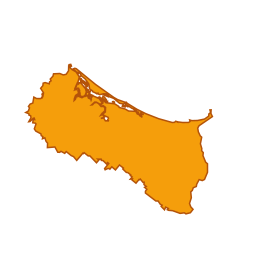 Gold Coast, Queensland, Australia, rotated 300°
{"feature_id": "25037944B76061046607907", "entity_name": "Gold Coast", "entity_type": "district", "adm_level": 2, "iso_a3": "AUS", "parent_name": "Australia", "parent_adm1": "Queensland", "projection": "albers", "projection_center": [153.388, -27.978], "detail": "fine", "context": "isolated", "style": "filled", "palette": "amber", "viewbox_px": 256, "rotation_deg": 300, "n_neighbors": 0, "source": "geoboundaries", "source_scale": "gbopen_adm2", "svg_char_len": 5767}
<svg xmlns="http://www.w3.org/2000/svg" viewBox="0 0 256 256"><g transform="rotate(300 128 128)"><path d="M185.3,190.9L184.6,189.9L182.7,191.8L180.7,191.0L178.5,191.9L174.0,189.8L169.3,184.5L166.3,179.6L165.8,177.4L164.7,178.5L163.1,177.7L160.1,172.6L158.1,167.9L158.4,167.2L157.9,167.7L157.8,166.0L156.1,165.4L154.9,163.6L151.4,150.0L149.3,136.2L148.7,126.5L149.0,114.6L149.7,114.3L148.6,114.3L150.0,113.3L147.1,114.1L146.3,115.3L146.3,118.0L146.5,115.4L147.3,115.8L147.0,122.1L147.7,123.7L146.9,123.9L146.8,125.0L147.8,125.0L148.0,125.8L147.0,125.8L147.6,126.3L146.3,128.0L147.2,129.6L145.8,128.7L145.5,130.1L146.4,132.5L147.6,131.5L148.3,131.8L147.1,132.9L147.7,134.8L146.2,133.1L145.1,133.4L145.9,132.9L145.4,132.2L144.4,135.1L144.5,132.0L145.1,131.3L144.8,129.0L146.3,126.5L143.0,120.0L143.0,115.9L141.4,110.1L142.1,109.2L142.3,104.4L138.8,96.1L140.1,92.0L137.1,93.8L133.7,92.6L133.4,93.9L135.0,95.4L134.6,98.3L130.5,100.4L127.5,99.2L126.9,101.3L127.3,105.4L126.5,106.3L124.6,106.3L124.6,107.9L122.9,104.8L124.5,102.0L122.7,99.7L125.6,102.1L127.2,98.4L126.1,98.6L125.3,98.0L127.0,98.1L131.4,99.3L134.1,97.7L134.4,95.9L133.1,93.9L134.4,90.4L134.4,87.9L132.8,86.2L130.4,85.7L129.8,84.9L133.8,86.2L134.6,87.8L134.6,91.9L135.3,92.6L138.2,92.6L139.0,90.7L137.2,91.4L140.5,89.2L139.4,87.0L139.2,88.7L138.9,89.1L138.6,89.3L139.1,88.1L138.8,86.2L138.0,86.3L138.9,86.2L138.3,81.2L135.6,81.3L135.3,81.1L135.0,80.5L134.4,82.0L133.7,82.1L134.4,81.4L134.1,78.9L135.7,76.8L134.4,75.4L134.2,74.7L131.2,73.0L130.5,68.2L129.3,67.0L128.5,67.7L126.5,68.1L124.9,67.6L126.8,66.8L129.9,66.3L131.1,66.8L130.5,67.6L131.5,67.2L132.0,67.6L132.5,68.4L132.9,67.5L133.2,67.3L134.4,68.0L135.0,66.1L136.0,66.4L137.4,65.5L134.5,63.0L135.2,62.3L142.2,61.5L142.7,61.7L147.9,60.3L150.6,55.0L150.6,50.2L151.7,45.8L147.8,47.9L143.6,47.6L141.6,45.4L141.1,41.7L137.7,36.4L135.4,37.1L131.5,36.2L130.4,37.8L128.8,37.0L126.9,37.7L125.9,33.5L124.4,32.1L122.1,33.1L118.7,32.5L116.2,37.3L112.7,38.5L111.1,38.6L109.8,37.6L107.8,34.1L107.7,31.0L102.0,33.1L99.8,31.3L96.9,31.0L96.2,32.6L92.9,33.2L90.3,31.7L90.8,35.0L89.6,35.9L90.0,37.5L88.3,38.9L83.8,38.9L84.6,39.9L89.1,41.1L89.7,41.8L88.6,43.0L87.9,41.7L84.9,42.9L85.9,45.5L85.5,46.3L80.4,47.3L79.2,49.7L79.4,55.5L78.0,56.7L78.0,58.5L75.9,59.3L77.9,60.9L75.4,63.8L74.7,65.9L70.7,68.0L75.0,74.2L71.9,79.3L72.8,81.0L74.3,81.6L74.4,85.9L76.7,86.3L75.7,92.6L76.0,95.1L74.3,99.8L83.7,101.5L83.6,102.2L84.7,102.4L83.9,107.5L84.8,108.9L82.1,118.1L85.8,118.8L86.0,117.5L87.6,120.4L86.6,121.1L87.3,122.7L86.1,127.3L87.9,127.6L87.6,129.1L81.2,128.0L80.4,129.1L82.5,130.5L83.5,131.9L83.3,132.9L86.3,133.4L85.4,138.1L91.7,139.1L91.0,144.1L89.9,144.0L88.7,148.7L89.3,150.3L88.7,153.9L88.0,153.8L87.7,156.0L84.9,155.6L86.2,157.3L85.0,157.5L84.2,162.5L89.0,163.3L89.0,164.0L89.9,164.2L88.4,168.2L89.1,169.1L87.0,170.1L86.5,173.0L84.9,172.0L84.4,175.0L82.0,174.7L80.4,175.6L78.7,188.6L79.8,190.6L78.1,194.1L78.2,196.1L76.7,195.9L75.4,200.5L78.3,200.2L78.5,203.2L76.9,202.9L77.0,204.3L78.7,208.0L80.1,215.8L82.7,219.2L82.6,221.1L85.8,224.4L90.1,225.0L91.1,221.8L93.4,219.0L99.3,217.7L104.0,214.3L106.1,214.9L108.9,214.4L111.5,216.4L113.7,215.6L118.9,215.4L119.6,218.6L121.7,220.0L129.4,219.0L136.8,214.7L137.2,212.4L141.6,206.7L144.3,205.5L145.2,203.1L147.1,202.2L150.5,198.6L156.9,196.4L157.3,194.5L159.8,190.9L162.8,188.4L165.5,188.4L180.1,195.4L182.1,192.5L185.3,190.9ZM145.7,95.6L146.5,100.9L145.2,108.3L146.6,112.3L148.9,112.8L147.4,104.8L147.4,100.3L149.5,78.1L153.5,53.5L153.1,52.0L151.8,51.0L150.7,55.6L151.7,58.2L149.8,62.0L149.1,66.3L146.5,72.1L142.6,75.3L142.4,78.7L141.8,79.1L142.2,83.3L143.2,84.8L142.6,85.2L142.7,86.9L145.4,89.6L146.9,92.5L146.7,94.8L145.7,95.6ZM135.7,62.8L136.6,63.1L135.0,63.0L137.6,64.7L137.5,65.7L135.9,67.7L135.0,67.6L134.4,68.9L132.3,70.2L131.9,71.5L132.9,73.6L135.1,74.5L138.4,73.9L140.8,71.5L143.4,64.5L143.2,63.7L141.1,63.0L141.5,62.1L141.4,62.6L142.6,62.9L141.8,61.8L135.7,62.8ZM142.8,90.6L139.9,90.8L140.9,92.1L140.2,95.3L141.6,95.2L143.0,92.0L142.8,90.6ZM137.7,74.3L134.6,75.4L135.7,75.9L136.5,77.6L137.8,77.1L138.9,77.4L139.1,75.2L137.7,74.3ZM138.6,81.1L138.2,78.4L136.9,79.8L135.0,78.3L134.5,79.9L134.7,80.5L134.9,80.6L135.0,80.4L135.2,80.5L135.6,81.3L138.6,81.1ZM144.7,63.7L144.7,66.0L147.3,63.0L147.3,62.1L146.7,61.8L144.7,63.7ZM144.1,70.9L146.5,67.0L146.5,65.6L144.0,68.9L144.1,70.9ZM139.7,73.5L140.5,74.8L142.3,70.8L139.7,73.5ZM152.0,47.4L153.3,48.1L154.5,46.6L153.5,45.4L152.0,47.4ZM131.9,68.3L131.0,68.1L131.9,70.1L134.3,68.2L133.2,67.4L132.5,68.5L131.2,67.4L131.9,68.3ZM144.6,90.9L145.2,95.2L146.4,94.3L144.6,90.9ZM145.5,115.0L145.6,112.1L143.3,112.1L144.1,112.4L144.7,115.0L145.5,115.0ZM134.9,78.0L136.8,79.0L137.5,78.4L135.9,77.3L134.9,78.0ZM143.7,104.0L143.7,102.1L142.7,101.0L143.7,104.0ZM143.9,72.0L145.6,71.2L145.1,70.1L144.0,71.1L143.9,72.0ZM140.2,97.3L141.0,96.9L140.1,95.8L139.6,96.5L140.2,97.3ZM126.9,66.9L128.3,67.6L128.9,67.0L126.9,66.9ZM110.5,37.9L112.3,38.4L112.8,38.1L110.5,37.9ZM135.1,67.3L136.0,67.1L135.2,66.2L135.1,67.3ZM151.1,57.8L150.7,57.0L150.0,57.8L151.1,57.8ZM139.9,87.2L140.3,88.2L140.8,88.9L140.6,87.6L139.9,87.2ZM146.2,70.4L146.6,69.6L146.5,69.0L146.0,69.5L146.2,70.4ZM140.4,76.9L141.1,76.6L140.5,76.0L140.2,76.2L140.4,76.9ZM115.6,36.4L113.7,36.9L113.2,37.2L114.9,36.9L115.6,36.4ZM138.2,77.6L137.4,77.7L137.7,78.1L138.2,77.6ZM148.9,60.6L148.8,61.6L149.2,61.0L148.9,60.6ZM139.5,77.2L140.2,77.1L139.6,76.7L139.5,77.2ZM142.7,85.0L142.7,84.1L142.4,83.9L142.7,85.0ZM144.6,66.3L144.7,66.9L145.0,66.4L144.6,66.3ZM144.4,67.1L144.5,67.6L144.8,67.0L144.4,67.1ZM140.9,74.7L141.2,74.5L141.2,73.9L140.9,74.7ZM142.0,83.9L142.3,84.6L142.1,83.8L142.0,83.9ZM144.7,90.1L144.4,90.1L144.6,90.5L144.7,90.1ZM142.7,71.7L143.0,71.2L142.9,71.0L142.7,71.7Z" fill="#f59e0b" stroke="#b45309" stroke-width="1.5"/></g></svg>